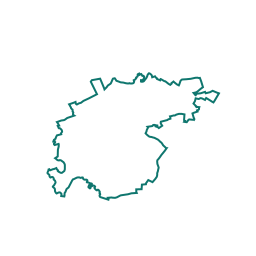 Voivodeni, Mures, Romania (Natural Earth projection), rotated 148°
{"feature_id": "2599482B38443104780555", "entity_name": "Voivodeni", "entity_type": "district", "adm_level": 2, "iso_a3": "ROU", "parent_name": "Romania", "parent_adm1": "Mures", "projection": "natural_earth1", "projection_center": [24.606, 46.712], "detail": "fine", "context": "isolated", "style": "outline", "palette": "teal", "viewbox_px": 256, "rotation_deg": 148, "n_neighbors": 0, "source": "geoboundaries", "source_scale": "gbopen_adm2", "svg_char_len": 5889}
<svg xmlns="http://www.w3.org/2000/svg" viewBox="0 0 256 256"><g transform="rotate(148 128 128)"><path d="M165.4,179.3L165.4,178.3L165.3,177.8L165.5,177.2L165.5,175.8L165.8,174.8L165.6,173.8L165.3,173.1L165.3,172.9L165.4,172.6L166.2,171.5L166.3,171.2L166.2,170.9L166.1,170.7L166.2,170.1L167.2,169.1L167.5,168.5L167.5,168.1L167.0,167.0L174.2,168.7L177.0,168.5L178.1,168.6L180.6,169.7L185.1,170.7L185.0,169.0L185.1,166.6L186.3,167.1L186.5,167.1L186.5,166.2L186.8,164.8L186.7,164.4L186.2,164.1L185.8,163.7L185.3,161.8L185.5,160.5L185.9,159.7L187.6,159.0L187.9,158.7L188.0,158.1L192.2,159.4L194.2,158.2L195.1,157.3L196.8,157.2L196.8,156.7L197.7,156.6L198.2,156.4L198.4,156.2L197.5,155.8L197.2,154.7L197.5,154.4L199.0,154.1L199.4,153.4L199.2,152.4L195.3,151.3L195.4,150.8L196.6,149.0L198.9,146.8L202.7,141.1L205.8,141.0L205.2,139.5L205.2,139.1L204.9,138.4L204.4,137.6L203.6,137.0L202.8,136.9L202.1,136.2L201.8,135.6L200.8,133.1L200.8,131.4L201.1,130.2L203.1,127.0L203.6,126.3L204.8,125.3L207.7,125.0L208.2,125.2L208.9,125.8L210.1,127.9L210.3,128.7L209.8,129.1L210.2,130.6L210.0,132.0L212.5,132.4L213.3,132.8L216.4,133.4L216.6,134.8L217.3,134.9L217.5,134.2L218.1,134.1L219.9,132.8L220.2,132.3L220.2,132.0L219.6,130.2L219.6,129.8L220.1,128.7L220.2,128.3L220.1,127.3L220.0,127.1L219.7,127.0L218.9,126.9L218.3,126.7L217.9,126.3L217.7,125.8L217.7,124.9L217.7,124.6L218.3,123.7L218.2,123.3L217.8,122.1L218.1,120.7L218.4,120.1L219.0,119.7L220.4,119.0L220.8,118.7L222.4,118.3L222.7,118.2L222.9,118.0L222.8,117.4L222.3,115.9L222.3,115.3L222.4,114.9L222.8,114.2L223.4,113.0L223.5,111.8L223.5,111.2L223.3,110.5L223.2,110.3L221.2,110.1L220.5,109.9L219.9,109.5L219.7,109.0L219.4,108.1L219.4,107.2L220.7,105.7L218.3,103.7L217.5,104.5L217.0,105.4L216.1,106.5L215.0,106.9L212.6,108.7L211.8,108.9L209.9,109.1L203.3,113.0L202.0,113.6L201.3,113.4L197.6,113.0L196.8,112.7L196.2,112.4L195.5,111.9L194.5,110.7L193.1,110.4L192.6,109.9L192.9,109.0L192.9,108.5L192.7,107.9L192.3,107.3L190.5,106.1L190.4,105.8L190.2,105.4L190.3,105.0L190.5,104.7L191.6,104.0L191.6,103.8L191.6,103.7L190.4,102.7L189.5,101.3L188.3,100.2L188.2,99.9L188.3,99.6L188.5,99.4L189.4,99.3L190.4,99.4L190.5,99.5L190.7,100.2L190.9,100.3L191.2,100.2L192.8,99.0L192.9,98.5L192.7,98.1L192.4,97.1L192.0,96.9L191.6,97.0L191.4,97.3L191.2,97.6L190.7,97.9L188.1,97.7L187.6,97.4L187.3,97.0L187.0,96.1L186.9,95.8L187.3,95.4L187.9,95.3L188.2,95.1L188.3,94.3L188.1,93.2L187.8,92.2L187.4,91.6L186.4,91.7L186.0,91.4L185.8,90.9L185.7,90.0L185.8,89.6L185.7,89.2L185.8,88.8L186.6,88.0L186.8,87.5L186.8,87.3L186.5,87.2L186.6,86.8L186.9,86.3L187.7,86.0L188.1,85.5L188.2,84.4L188.1,84.1L182.6,77.6L181.8,78.4L181.9,79.4L178.8,77.8L177.8,76.9L175.9,75.6L174.1,75.1L170.1,74.8L169.3,74.5L163.1,71.8L159.7,70.8L155.0,68.3L154.8,69.5L153.5,71.6L148.9,68.9L146.2,72.6L142.6,70.8L142.0,71.6L138.4,73.1L135.9,69.1L131.7,70.4L129.4,71.4L128.1,72.7L127.2,74.2L125.5,75.6L124.2,77.0L123.5,77.6L122.9,78.3L122.1,82.0L120.9,84.3L120.2,85.1L118.2,85.7L116.6,86.3L114.1,87.4L108.8,89.2L106.0,90.4L106.5,90.7L106.5,91.2L106.5,91.6L107.4,94.8L107.3,95.2L107.4,97.8L108.1,99.7L108.2,100.5L108.8,102.4L109.8,104.0L110.2,104.7L110.9,105.8L111.8,106.7L112.9,108.0L113.7,108.6L114.2,109.1L114.7,109.8L115.6,112.6L115.9,114.2L114.8,114.9L114.2,115.2L113.4,116.1L112.9,116.5L110.7,117.8L110.7,118.0L110.8,118.7L109.9,118.3L106.7,116.9L106.4,116.8L105.9,116.8L105.0,117.2L103.9,116.6L102.8,115.4L101.8,114.6L101.9,114.4L102.5,114.4L102.9,114.4L103.5,114.8L103.7,114.7L103.1,113.9L102.6,113.4L102.0,112.4L102.0,112.0L102.0,111.9L101.9,111.6L97.8,111.8L97.8,114.3L97.6,115.0L96.8,115.9L90.4,113.9L89.2,114.0L87.1,113.4L86.4,114.8L86.2,115.6L84.9,115.1L84.4,115.0L83.9,114.8L82.7,114.5L81.8,113.9L80.9,113.7L80.1,113.8L77.3,113.0L75.2,111.7L72.9,109.6L76.2,105.1L76.4,104.4L76.0,104.0L77.1,103.5L75.4,102.0L75.1,101.8L72.6,102.8L72.1,102.9L71.5,102.8L71.2,102.6L69.3,101.1L67.8,100.1L67.7,99.9L67.3,100.1L67.0,100.4L66.7,102.4L66.5,103.1L65.6,106.2L64.0,106.0L60.3,105.1L60.1,106.4L58.6,106.1L57.9,106.3L57.0,107.5L56.5,107.9L58.2,109.2L58.8,109.4L58.9,109.8L58.5,109.8L58.5,110.0L58.7,110.5L59.5,114.0L57.0,115.3L54.9,117.3L52.8,115.2L52.1,115.0L51.0,115.0L50.4,114.7L49.7,114.0L49.2,113.3L47.8,111.0L45.8,112.0L43.6,107.6L42.8,105.8L42.0,104.4L40.0,105.3L32.5,109.2L33.0,109.9L33.3,110.1L36.5,114.7L39.5,114.9L43.7,116.3L43.5,117.8L45.4,118.3L47.9,118.9L51.5,120.6L52.0,120.6L53.3,119.9L53.4,120.0L53.8,123.0L51.8,122.3L50.7,122.1L49.1,122.2L45.7,122.7L42.8,122.9L41.2,128.9L40.5,132.4L41.3,132.7L42.5,133.9L44.3,134.9L48.8,136.5L52.8,138.5L56.1,140.3L56.6,140.5L57.0,140.5L58.4,140.2L61.8,137.5L62.3,137.2L63.4,139.0L64.6,142.4L64.8,143.3L67.4,143.0L67.6,142.5L69.3,142.2L70.2,143.9L71.6,147.8L72.3,148.4L74.2,152.0L74.4,152.2L75.5,151.4L77.4,154.2L77.1,154.7L77.6,155.8L77.7,157.5L80.6,158.2L80.0,159.9L80.0,160.8L80.7,162.7L81.2,163.3L81.9,163.2L83.3,162.6L84.6,161.5L86.1,160.6L87.6,160.1L89.4,159.4L89.9,159.3L90.7,159.4L91.4,159.7L92.3,160.3L92.4,160.5L91.6,161.7L90.2,160.8L89.5,161.2L88.2,161.2L87.8,161.5L87.8,162.1L87.1,162.9L87.2,164.0L87.8,164.6L88.2,164.6L88.2,165.5L88.1,166.1L88.2,166.8L88.6,166.9L89.9,166.9L90.3,167.0L90.3,167.3L89.6,167.6L89.5,167.9L89.5,168.2L90.7,168.4L91.4,168.3L92.5,166.7L92.8,166.6L94.3,166.5L94.4,166.2L94.6,165.9L95.1,165.9L95.4,165.6L96.1,165.3L97.8,165.5L98.0,165.0L98.2,164.1L98.6,163.8L98.9,163.5L99.6,163.2L100.5,163.4L101.7,164.0L102.5,164.6L102.9,164.9L103.0,165.2L103.2,165.3L103.8,165.4L104.9,166.1L106.1,167.1L107.9,169.0L109.9,170.5L110.5,171.2L111.2,172.2L112.8,174.2L112.8,176.1L112.9,177.2L114.5,177.8L115.2,177.5L117.3,176.0L119.0,174.9L119.9,174.8L122.6,174.7L124.5,173.9L127.5,173.2L127.2,174.3L126.3,179.6L125.5,184.6L133.3,187.7L135.0,187.0L136.4,173.1L145.7,173.9L151.4,174.6L154.5,174.3L156.5,174.9L158.7,175.0L159.0,175.1L159.4,176.2L158.7,177.9L160.6,178.2L165.4,179.3Z" fill="none" stroke="#0f766e" stroke-width="2"/></g></svg>